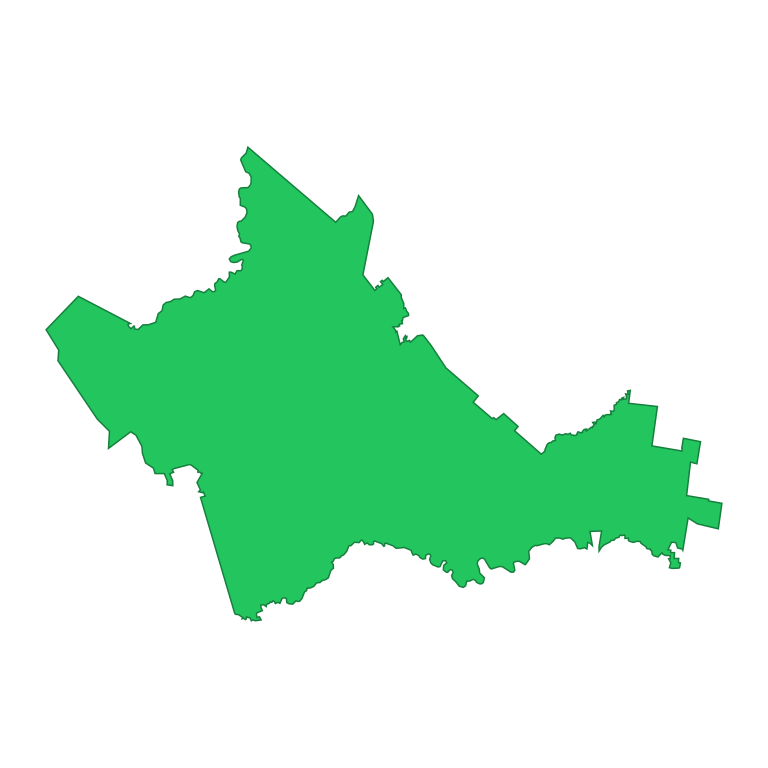 Montemorelos, Nuevo León, Mexico
{"feature_id": "50627088B84903506613222", "entity_name": "Montemorelos", "entity_type": "district", "adm_level": 2, "iso_a3": "MEX", "parent_name": "Mexico", "parent_adm1": "Nuevo León", "projection": "albers", "projection_center": [-99.737, 25.166], "detail": "fine", "context": "isolated", "style": "filled", "palette": "green", "viewbox_px": 768, "rotation_deg": 0, "n_neighbors": 0, "source": "geoboundaries", "source_scale": "gbopen_adm2", "svg_char_len": 6127}
<svg xmlns="http://www.w3.org/2000/svg" viewBox="0 0 768 768"><path d="M358.6,195.6L355.1,206.6L352.5,211.6L349.2,212.1L345.8,216.1L342.6,215.9L340.5,217.0L335.7,222.3L247.9,147.2L246.2,153.1L241.4,157.9L240.7,160.0L245.7,171.7L249.1,173.3L251.2,177.1L251.0,183.0L250.2,185.3L247.9,187.6L241.0,187.9L239.4,189.0L238.6,191.9L239.2,196.9L240.3,198.3L240.3,205.3L245.2,207.2L246.7,209.5L247.0,212.7L245.3,217.0L241.3,221.0L239.1,221.4L237.6,222.7L237.0,226.6L237.8,230.6L239.5,234.0L238.8,236.4L240.2,238.4L240.8,241.7L242.3,242.8L249.7,244.0L251.0,246.0L251.1,248.1L248.6,251.2L234.9,255.1L231.2,256.7L229.3,258.9L230.6,261.6L233.7,262.5L237.0,262.1L241.5,259.5L243.0,259.7L243.2,261.2L241.8,264.7L242.4,268.3L241.1,270.7L237.0,270.7L235.1,274.0L230.8,272.1L229.3,272.2L229.4,276.9L225.8,282.3L224.0,282.0L219.9,278.7L218.7,278.8L217.2,281.8L214.9,283.6L214.6,285.1L215.6,290.4L214.4,291.6L212.6,291.8L209.0,288.9L204.1,292.7L197.5,290.5L194.6,291.8L193.1,295.4L191.2,297.3L189.5,297.5L185.3,296.1L180.0,299.0L174.1,299.2L170.5,301.6L166.1,302.5L163.2,305.0L162.0,310.8L158.3,313.5L155.7,322.3L148.2,324.8L142.9,324.9L138.1,329.5L134.7,329.0L134.4,326.2L133.9,326.0L131.0,328.7L128.7,326.5L128.0,324.8L128.2,324.0L130.4,323.5L78.3,296.3L46.1,329.7L58.7,350.1L58.0,360.8L97.3,419.1L109.5,431.3L108.5,448.4L130.7,431.8L136.0,435.2L141.9,446.3L142.4,453.1L145.6,463.0L153.4,468.1L155.1,473.6L164.3,473.6L167.3,480.6L167.1,484.8L172.8,485.7L172.7,480.8L169.8,473.8L173.6,472.2L172.2,469.8L173.7,468.7L189.5,464.5L191.4,465.2L198.2,470.4L197.8,472.1L200.0,472.2L200.5,473.1L202.3,473.3L197.0,482.5L200.4,489.9L198.7,491.7L202.3,492.7L203.3,492.0L205.2,496.1L200.5,497.4L234.7,613.3L235.5,614.3L238.4,614.6L242.8,617.5L242.1,618.7L243.7,618.4L245.5,619.6L246.4,618.7L246.5,616.9L250.1,618.0L251.3,620.8L253.0,619.8L255.2,620.8L261.1,619.9L259.4,616.8L257.0,617.4L256.4,614.3L256.9,612.9L262.3,610.6L260.8,606.7L260.9,605.0L263.8,604.8L266.2,606.5L266.5,604.4L269.4,603.3L270.2,602.0L271.8,602.3L272.9,600.8L274.4,601.5L275.3,603.5L278.1,602.3L279.9,603.4L281.9,598.8L283.8,597.6L286.4,598.5L286.8,602.6L289.1,603.8L292.8,604.1L296.0,600.8L297.9,601.5L299.7,601.2L302.0,598.5L304.5,592.0L306.6,590.6L307.1,588.2L310.2,588.0L313.7,586.5L316.6,582.9L320.0,582.5L321.9,580.7L325.7,579.6L328.3,577.9L330.9,570.3L333.5,568.2L333.2,564.3L331.6,562.4L333.2,561.3L334.4,558.8L335.4,558.1L339.7,557.9L341.9,555.6L343.6,555.0L346.8,551.2L348.9,545.7L351.0,545.6L354.3,542.3L359.1,542.6L361.3,540.1L362.8,540.7L364.7,544.4L367.0,542.9L369.4,544.8L372.3,544.8L373.6,543.9L373.4,542.0L374.5,541.0L381.6,543.6L383.8,546.3L384.5,546.0L384.8,543.6L385.9,543.2L393.1,545.8L396.1,548.3L404.3,547.5L411.1,550.3L412.8,554.8L413.5,555.1L415.6,554.1L417.1,554.6L418.8,555.6L420.2,557.7L422.7,559.1L425.5,558.6L425.6,555.5L426.2,555.0L428.7,553.9L430.0,554.3L430.8,556.0L429.6,559.3L430.8,562.9L432.7,564.8L438.1,567.0L440.0,566.6L442.7,560.9L445.7,560.7L446.7,562.8L443.7,565.4L443.3,569.8L445.8,571.9L447.6,572.4L450.3,569.6L452.0,569.9L453.3,572.6L451.6,575.4L452.4,578.6L456.2,582.2L459.2,586.2L463.3,587.4L465.6,585.8L466.7,581.2L469.9,581.0L473.2,579.3L475.6,580.5L476.5,582.3L479.5,583.8L481.4,583.9L483.3,582.6L484.4,577.8L479.7,573.0L479.3,569.2L477.2,563.8L477.9,560.9L480.2,558.7L482.3,558.0L484.3,558.8L489.5,567.6L491.2,569.0L499.3,566.5L502.4,566.7L510.8,572.1L513.5,572.1L514.8,570.2L513.4,563.1L514.0,562.1L517.7,561.1L519.9,561.6L525.1,564.7L525.7,564.3L529.5,558.8L528.7,551.4L532.0,547.2L535.5,545.3L537.0,545.7L544.0,543.8L546.6,543.6L549.3,544.8L553.1,541.3L555.5,538.1L559.8,538.0L562.9,539.2L565.3,538.2L570.4,537.8L574.8,541.9L577.7,548.5L580.3,548.8L584.6,547.7L586.9,549.0L587.7,542.4L589.9,543.2L592.4,545.6L590.0,531.4L601.6,531.0L599.0,546.7L599.1,551.0L601.5,547.2L604.3,544.8L610.1,541.9L611.1,540.4L613.9,540.2L615.7,538.2L618.9,537.3L620.0,535.2L622.6,535.6L624.2,534.9L625.1,535.9L624.9,538.4L628.5,538.3L628.4,540.4L629.4,541.3L633.4,542.4L637.0,541.3L640.1,541.5L641.1,543.4L645.8,546.6L646.8,548.6L650.4,549.2L650.3,549.9L651.8,551.1L652.1,554.1L653.8,555.8L658.0,557.0L661.9,552.8L662.9,554.3L665.4,555.4L670.3,555.6L670.0,558.7L668.7,558.8L670.8,562.9L669.4,567.7L671.9,568.4L678.9,568.1L679.6,567.5L680.4,562.9L678.5,562.6L678.7,558.4L674.2,558.5L674.5,552.6L670.6,552.6L670.8,550.2L667.9,549.7L671.6,542.2L675.9,542.6L677.6,548.0L682.3,549.1L682.8,550.2L688.1,518.0L697.5,523.9L718.3,528.8L721.9,503.3L708.5,500.9L708.7,499.3L686.6,495.6L690.5,462.1L696.9,463.8L700.5,441.7L683.4,438.3L681.7,448.4L682.2,449.0L682.0,451.0L651.9,445.9L657.4,406.5L628.6,403.3L630.3,390.4L627.6,390.9L628.2,394.4L625.6,393.9L626.7,397.4L626.0,398.9L623.3,399.3L623.7,397.4L621.6,398.3L621.3,399.8L619.5,399.6L618.7,401.6L616.4,402.8L616.6,404.2L614.1,405.3L614.2,410.3L613.3,411.3L610.6,411.0L611.3,412.2L610.6,413.0L611.5,414.0L610.9,414.7L606.8,414.6L604.7,415.4L604.4,416.7L603.1,415.4L599.7,419.1L597.1,419.9L596.0,423.9L595.4,423.8L595.0,422.1L592.7,422.4L594.0,424.5L593.6,426.3L592.4,426.4L592.2,427.8L591.0,427.4L586.8,430.8L585.9,430.6L586.4,429.1L584.3,429.4L582.3,431.5L582.5,432.3L581.3,432.9L578.1,431.8L577.0,433.4L577.3,434.2L575.7,435.5L571.4,435.0L570.2,433.2L567.8,434.4L565.9,433.7L562.1,435.1L559.3,434.1L556.0,435.1L555.0,437.3L555.3,440.5L552.7,441.0L551.0,442.6L549.3,442.6L547.2,444.3L544.9,449.9L545.1,451.0L541.3,454.2L514.5,430.7L518.1,426.5L503.7,413.6L496.1,419.6L493.7,417.6L492.3,418.7L473.2,402.3L478.3,395.9L446.0,368.0L431.2,345.6L423.5,335.6L422.5,335.0L417.4,335.8L410.5,342.2L409.4,340.4L406.5,341.5L405.6,338.8L406.5,338.4L406.1,337.2L407.0,337.0L406.9,336.3L405.9,336.7L405.4,335.6L403.3,338.9L404.2,341.8L402.1,342.5L400.2,344.6L396.9,331.3L395.9,332.1L395.6,330.2L392.9,326.8L398.1,326.8L397.9,326.3L399.6,326.0L399.2,324.3L402.5,323.6L401.7,320.9L402.3,321.0L403.1,317.6L408.6,315.5L408.4,313.4L406.7,311.3L405.4,307.9L403.7,308.4L403.8,303.6L401.3,297.6L401.2,294.6L388.0,277.7L383.2,281.6L382.2,280.3L380.5,281.6L382.8,284.6L379.2,287.2L377.9,285.4L375.7,287.3L376.8,288.7L374.9,290.5L362.9,274.9L373.5,221.1L372.4,214.2L358.6,195.6Z" fill="#22c55e" stroke="#15803d" stroke-width="1.5"/></svg>